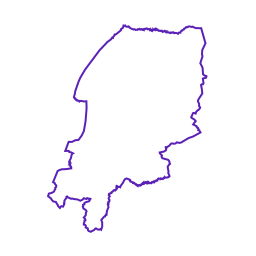 Phaisali, Nakhon Sawan, Thailand (Mercator projection), rotated 5°
{"feature_id": "78962969B15796464090467", "entity_name": "Phaisali", "entity_type": "district", "adm_level": 2, "iso_a3": "THA", "parent_name": "Thailand", "parent_adm1": "Nakhon Sawan", "projection": "mercator", "projection_center": [100.69, 15.558], "detail": "fine", "context": "isolated", "style": "outline", "palette": "violet", "viewbox_px": 256, "rotation_deg": 5, "n_neighbors": 0, "source": "geoboundaries", "source_scale": "gbopen_adm2", "svg_char_len": 5867}
<svg xmlns="http://www.w3.org/2000/svg" viewBox="0 0 256 256"><g transform="rotate(5 128 128)"><path d="M192.2,22.2L186.7,22.6L183.3,21.4L182.8,21.8L180.0,21.4L179.1,21.8L178.7,22.4L177.2,22.4L176.9,23.1L175.2,24.2L175.1,25.0L173.6,25.8L173.5,26.3L172.8,26.5L172.2,27.3L171.9,28.5L170.4,28.5L169.6,29.8L169.1,29.4L167.7,29.1L165.9,29.4L165.9,29.1L165.0,29.1L164.6,28.7L163.9,29.1L163.0,29.0L162.8,29.5L162.3,29.6L162.0,29.4L161.7,29.7L161.2,29.4L160.6,29.5L160.1,29.1L159.1,29.3L158.6,29.0L157.8,29.5L157.2,29.0L157.2,28.6L156.4,28.5L156.7,28.3L156.2,28.3L156.0,28.0L155.4,28.3L154.8,29.0L154.2,28.8L153.9,29.1L153.6,28.8L153.5,29.1L153.4,28.5L152.8,28.5L152.8,28.2L151.5,28.5L151.2,28.2L150.6,28.2L150.7,28.4L150.4,28.5L149.8,28.4L149.7,28.0L149.0,27.8L148.9,27.5L148.5,27.6L148.4,27.3L148.0,27.4L147.6,27.0L147.4,27.4L147.1,27.0L146.9,27.2L146.7,27.0L146.5,27.5L146.3,27.1L145.9,27.7L145.6,27.5L144.9,28.1L144.5,27.7L144.5,28.0L143.7,28.1L143.6,28.7L143.4,28.5L143.2,28.8L142.8,28.3L142.5,28.7L142.1,28.3L141.7,28.5L141.6,28.1L141.2,28.3L141.1,27.5L140.6,27.8L138.8,27.4L138.6,27.8L137.8,27.2L136.0,27.8L136.1,28.2L135.4,28.7L135.2,28.6L135.2,28.9L134.4,28.5L134.3,28.8L134.0,28.6L133.7,28.9L133.1,28.6L132.2,28.8L132.2,28.4L130.6,28.8L130.5,28.5L130.1,28.8L129.2,28.7L128.7,29.4L127.2,29.4L126.9,29.6L126.2,29.1L125.2,29.1L124.9,29.4L122.8,28.8L120.4,27.6L120.4,27.2L119.7,26.7L118.3,27.3L117.0,27.0L116.4,26.4L116.3,26.7L114.6,26.3L114.3,28.4L112.3,30.3L112.5,31.0L112.3,31.4L108.1,35.5L106.5,36.1L106.6,36.9L105.4,38.3L105.2,39.6L104.3,39.4L103.4,41.1L100.1,44.0L92.9,53.0L80.2,73.5L76.2,81.8L74.8,85.8L72.3,95.6L72.0,99.1L71.4,102.0L72.0,102.8L72.7,103.0L72.7,103.4L73.1,103.4L73.1,103.8L73.8,104.5L74.6,104.5L74.9,105.2L76.7,105.1L77.2,105.9L78.0,105.3L79.2,105.1L81.8,105.4L84.2,105.0L85.0,111.7L85.1,118.5L85.1,125.5L84.3,135.0L82.5,139.6L80.0,143.8L79.5,144.3L76.8,144.7L73.4,146.7L70.1,147.0L67.5,156.3L70.5,156.0L71.5,156.4L71.6,157.0L73.7,157.3L75.3,158.0L74.8,158.3L74.2,159.7L73.7,163.2L72.8,165.2L72.8,166.0L72.4,166.3L72.4,166.9L72.8,167.0L72.6,167.5L73.1,167.7L73.0,168.1L73.3,167.8L73.7,167.9L73.3,169.6L73.8,170.1L73.7,170.9L74.6,171.5L74.9,172.3L74.5,172.7L74.8,173.2L69.6,174.4L65.7,174.9L63.5,175.8L61.6,177.1L58.1,188.5L59.9,189.4L60.3,190.4L61.6,191.5L61.5,193.1L60.7,193.9L60.9,195.3L60.4,195.9L59.9,197.6L59.3,198.2L57.4,199.4L54.9,200.2L54.3,202.9L57.6,205.0L58.0,205.9L59.8,207.6L62.7,208.0L63.7,209.7L64.7,210.7L65.0,211.7L67.1,213.6L68.0,212.0L68.5,211.7L70.1,212.0L71.1,209.6L70.9,209.3L71.2,208.6L70.8,208.2L71.1,207.4L71.0,205.8L73.0,202.6L72.7,201.9L73.3,201.5L74.1,202.3L77.5,203.5L78.4,203.1L80.3,203.5L84.0,203.6L86.8,204.6L88.9,203.4L90.1,201.8L92.5,202.4L93.3,201.5L93.8,201.4L94.6,202.0L95.4,201.7L96.7,201.9L95.7,204.3L91.8,205.9L91.0,206.9L91.2,207.8L89.9,208.4L90.2,209.8L89.8,210.4L90.6,212.0L93.0,213.3L94.0,214.5L93.3,216.7L93.6,217.8L93.4,218.8L91.8,221.0L93.2,222.2L93.7,223.4L93.6,223.8L92.7,224.0L92.8,225.4L92.3,226.5L92.4,228.1L93.9,228.3L94.6,229.3L94.5,230.8L96.7,231.5L97.0,233.3L97.9,234.1L100.1,234.6L100.6,234.1L103.1,232.6L104.4,230.9L105.2,230.9L106.8,231.8L108.5,231.7L109.2,231.1L110.1,231.7L110.9,228.6L110.5,224.1L109.5,222.3L109.5,221.7L111.6,218.9L112.6,217.8L112.9,217.9L113.5,216.3L114.1,216.4L114.3,212.3L115.5,208.4L114.4,205.5L114.5,205.2L115.2,205.1L114.8,203.8L115.2,203.8L115.8,202.7L115.6,202.4L115.9,201.8L115.7,201.0L115.3,200.8L114.8,199.7L115.8,197.6L114.8,196.7L115.1,196.0L114.7,195.9L114.7,195.5L115.2,194.9L116.0,194.8L116.7,194.2L117.2,194.2L117.4,193.2L118.2,192.8L119.1,191.4L119.4,191.5L119.8,191.1L120.6,191.4L121.1,190.5L121.6,190.4L121.6,189.8L122.1,189.6L122.3,188.8L121.6,188.2L121.7,187.4L121.5,187.0L121.8,186.6L124.0,187.6L124.3,187.4L125.4,187.7L125.7,186.4L127.9,182.7L128.6,180.7L129.6,179.1L130.9,178.4L134.3,179.3L134.7,179.6L134.7,180.4L135.0,180.6L134.7,180.7L135.1,181.2L135.6,181.0L137.2,181.7L137.6,182.4L138.0,182.5L138.4,181.9L139.2,182.2L139.9,183.2L141.0,183.3L141.2,184.2L141.9,184.5L142.2,184.2L142.4,184.5L142.7,184.3L143.0,184.7L143.2,184.2L143.8,184.2L143.7,183.9L144.2,183.8L145.0,184.4L145.4,183.8L146.1,183.8L146.5,183.2L146.4,182.9L147.4,182.7L147.1,182.5L147.6,182.0L147.3,181.7L147.8,181.2L147.8,181.6L148.2,181.6L148.1,181.4L148.4,181.2L148.5,180.8L149.7,180.9L149.6,180.6L150.4,180.4L150.4,181.3L151.5,181.4L151.7,180.9L151.2,180.8L151.4,180.2L152.3,179.7L153.8,180.5L153.6,180.9L154.2,180.6L154.7,180.7L154.8,181.0L155.6,180.7L156.0,181.0L156.4,180.7L156.2,180.2L156.7,179.6L157.9,179.4L158.3,179.7L158.6,179.0L158.9,179.4L159.2,178.7L160.1,178.8L160.4,178.1L160.9,178.0L161.0,177.6L161.6,177.7L161.5,177.3L162.4,176.5L162.4,175.9L163.0,175.6L164.2,175.8L164.7,175.5L164.8,176.0L165.5,175.4L165.8,175.5L165.8,175.9L167.1,175.9L167.5,175.0L168.0,174.4L168.6,174.6L168.8,174.0L169.1,174.5L169.9,174.0L170.8,174.1L172.5,173.5L172.5,173.1L173.5,172.6L173.4,171.9L172.0,169.3L172.2,168.1L170.9,163.2L171.9,161.1L173.0,160.1L172.3,158.8L172.1,157.6L170.8,156.2L164.8,155.1L163.9,153.6L164.2,152.4L162.1,150.6L161.7,149.6L166.0,148.3L167.7,146.9L167.9,146.4L167.6,145.6L168.0,145.0L167.3,144.2L167.3,143.7L168.7,143.5L170.6,142.1L172.4,139.7L173.5,139.5L175.4,139.7L176.8,139.2L177.9,138.0L180.4,138.4L182.1,137.9L189.3,132.7L193.4,130.9L200.6,126.1L199.3,124.2L198.2,124.0L198.4,123.0L197.8,121.9L197.3,122.0L197.0,121.3L196.3,121.0L196.1,120.2L192.6,118.8L194.1,116.2L194.8,115.7L194.8,115.1L193.2,113.7L190.6,112.4L190.0,111.8L191.5,107.5L192.5,107.2L194.1,107.7L194.3,106.4L195.5,104.6L196.8,103.7L197.8,102.3L198.1,101.2L196.9,100.1L196.8,97.9L195.3,95.2L195.6,93.6L199.0,87.1L198.2,82.9L197.0,78.8L197.7,78.0L198.9,77.9L199.3,76.6L198.2,72.3L198.6,72.0L201.1,71.3L201.7,69.9L201.6,69.5L200.0,69.2L198.1,68.0L197.0,61.4L194.4,57.2L196.0,49.9L195.3,48.5L195.2,43.9L197.8,36.9L192.2,22.2Z" fill="none" stroke="#5b21b6" stroke-width="2"/></g></svg>